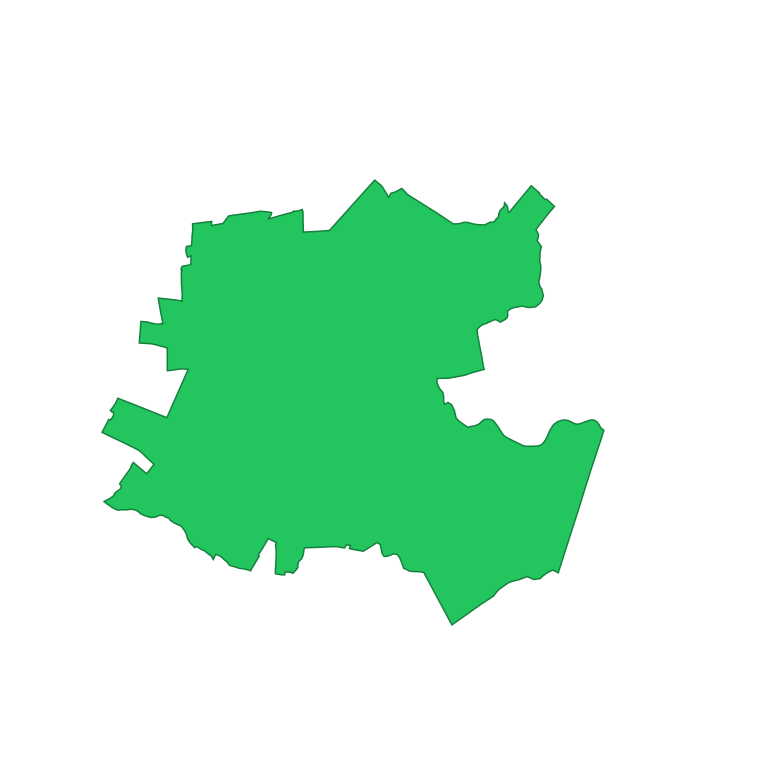 Sanmartin, Bihor, Romania, rotated 301°
{"feature_id": "2599482B24432048687552", "entity_name": "Sanmartin", "entity_type": "district", "adm_level": 2, "iso_a3": "ROU", "parent_name": "Romania", "parent_adm1": "Bihor", "projection": "equal_earth", "projection_center": [21.97, 46.975], "detail": "fine", "context": "isolated", "style": "filled", "palette": "green", "viewbox_px": 768, "rotation_deg": 301, "n_neighbors": 0, "source": "geoboundaries", "source_scale": "gbopen_adm2", "svg_char_len": 6159}
<svg xmlns="http://www.w3.org/2000/svg" viewBox="0 0 768 768"><g transform="rotate(301 384 384)"><path d="M601.4,394.1L597.9,395.5L592.2,394.1L589.1,394.7L586.7,395.8L585.1,395.9L583.9,395.4L579.6,394.8L577.2,391.6L572.1,388.3L569.4,383.3L568.1,380.5L567.0,377.5L565.7,372.9L564.2,369.8L560.1,365.8L556.9,361.1L557.8,341.8L558.5,306.9L560.8,298.5L554.7,295.0L551.0,291.6L546.4,292.0L552.5,280.4L554.0,271.0L487.5,258.2L479.7,247.1L474.4,239.2L472.6,236.6L476.6,234.2L483.2,229.9L487.0,227.7L489.6,226.0L491.5,224.1L490.7,223.5L490.3,223.2L487.7,220.7L486.0,218.6L485.9,218.0L485.7,217.4L484.5,217.3L482.7,215.8L475.4,208.7L467.9,201.8L466.3,200.0L470.8,200.1L472.9,199.5L473.0,199.0L469.8,191.8L468.4,189.0L462.8,182.5L450.5,167.2L448.2,164.5L447.5,164.2L438.7,163.3L431.0,154.5L434.6,152.5L433.2,150.8L427.6,143.6L422.7,137.4L418.9,139.8L419.1,140.0L410.9,143.8L409.2,144.9L406.2,146.3L403.3,147.9L400.7,144.3L399.4,143.9L395.8,145.8L391.4,150.3L394.4,152.6L391.1,154.6L387.6,156.5L387.0,156.8L386.8,156.8L386.6,156.7L381.0,150.5L379.0,150.5L378.2,150.9L376.8,151.8L376.9,152.8L375.3,152.8L365.0,159.2L357.5,164.6L353.6,166.6L352.2,167.5L350.8,168.1L350.4,166.4L349.1,163.1L348.3,161.2L346.7,157.9L345.4,154.9L341.4,146.2L338.5,148.7L330.8,155.3L324.6,161.0L321.6,163.5L321.1,162.0L320.4,161.3L319.3,160.1L318.6,159.1L317.6,156.8L316.8,154.3L316.5,153.7L315.4,149.7L312.5,143.5L311.6,143.8L303.2,148.1L302.8,148.2L302.8,148.3L293.1,153.1L294.9,156.6L296.0,158.7L298.3,163.1L299.2,165.3L299.6,166.6L300.7,170.3L301.4,172.8L301.9,174.3L303.2,179.7L283.8,191.4L284.6,192.6L292.9,202.9L294.4,206.0L295.4,207.8L295.9,208.6L243.3,215.2L237.3,178.4L237.3,178.0L236.9,175.7L236.2,172.1L234.7,163.2L229.2,163.8L225.3,163.6L220.2,163.1L220.3,164.3L219.9,164.8L220.2,165.6L220.7,165.9L220.7,166.3L218.2,168.2L212.9,168.5L212.8,167.8L212.0,167.9L211.8,166.3L197.3,167.2L198.1,175.9L198.5,180.4L199.4,189.3L199.8,193.5L200.1,198.2L200.6,203.3L200.8,207.9L200.2,212.3L199.1,216.8L196.7,228.2L184.8,226.8L185.9,220.1L187.6,209.5L184.8,209.4L182.6,209.9L180.4,210.1L165.6,208.9L162.9,208.8L162.2,208.9L161.0,211.5L160.3,211.8L158.8,211.9L157.7,211.9L155.9,211.0L152.3,209.5L150.0,209.7L148.8,209.7L148.0,209.5L145.2,208.1L139.1,204.6L138.5,208.5L138.5,211.0L138.2,214.3L138.3,217.4L138.6,220.5L139.1,221.3L140.0,222.4L141.5,224.4L143.4,228.1L146.2,231.4L148.0,235.8L148.1,238.4L147.4,243.0L148.2,248.0L149.5,252.8L151.9,256.4L154.3,258.1L156.2,259.6L157.8,263.4L157.5,265.8L158.3,268.6L157.5,270.1L157.1,270.9L156.9,275.1L157.0,277.5L157.4,280.9L157.6,283.6L156.1,287.5L155.2,289.3L154.0,291.1L153.6,291.9L149.8,295.8L147.7,300.4L146.5,305.2L146.1,305.8L148.4,307.4L148.2,309.4L148.1,311.6L148.2,313.7L148.7,315.9L148.3,317.8L147.7,322.3L148.1,322.3L148.4,322.7L145.7,328.1L147.3,327.9L149.4,327.6L151.3,327.6L151.7,329.1L152.0,332.5L151.9,334.8L151.2,337.3L150.9,339.2L150.9,340.0L149.9,343.0L149.3,344.2L149.1,344.9L149.2,345.7L150.3,350.0L151.1,352.4L151.1,353.2L151.6,355.0L152.0,356.1L152.8,357.8L153.3,359.1L153.7,360.2L155.3,365.9L155.5,365.7L172.3,365.7L172.5,364.3L172.8,364.3L181.0,364.5L191.8,364.4L192.7,373.3L190.3,373.8L186.0,377.2L183.9,378.5L178.6,381.5L167.4,387.4L166.8,387.8L165.5,388.5L166.0,390.4L168.0,395.1L169.3,397.2L172.0,396.1L175.0,402.0L174.5,402.9L175.3,403.5L176.2,403.8L177.7,404.0L178.4,404.2L180.1,404.5L181.5,404.7L182.4,404.6L183.3,404.1L184.4,403.4L186.5,402.6L187.9,402.4L188.4,402.4L189.1,402.6L190.0,402.9L191.4,403.4L192.6,403.3L194.8,403.0L197.4,402.2L199.1,401.4L201.3,400.5L202.9,400.6L208.5,409.3L211.8,414.3L217.0,422.1L220.2,427.1L223.1,434.6L226.8,434.6L228.3,438.4L225.1,439.1L226.2,442.5L230.0,452.4L244.5,459.7L244.5,463.6L238.1,469.3L236.3,472.5L236.5,473.5L237.2,474.5L238.0,475.5L239.6,476.9L242.2,478.8L243.8,480.6L244.7,482.9L243.7,485.9L242.6,487.7L239.4,492.0L236.0,496.1L236.5,497.4L236.7,501.5L237.5,504.0L241.1,510.7L242.1,512.9L243.0,515.1L212.5,566.3L244.8,580.4L258.9,587.2L260.7,587.2L267.2,588.3L277.9,593.1L280.5,595.2L286.7,601.3L292.6,605.8L293.6,613.1L297.6,618.1L299.4,618.5L301.5,619.1L306.7,621.4L308.1,622.2L311.5,624.6L311.9,630.6L378.1,615.0L398.4,610.0L420.4,604.8L442.2,599.9L449.0,598.4L454.2,597.1L457.6,596.3L457.6,594.9L458.0,592.7L458.9,590.8L459.9,589.3L460.7,587.5L461.3,585.5L461.3,583.8L461.2,583.1L460.7,581.4L459.7,579.9L458.5,578.6L456.8,577.2L451.4,572.9L450.0,571.5L449.1,570.3L448.7,569.5L448.3,567.9L448.0,566.2L447.9,563.9L447.7,561.8L447.2,559.8L446.6,558.3L445.7,556.6L444.5,555.1L442.9,553.7L441.5,552.5L440.0,551.7L437.4,550.6L435.6,550.2L434.1,550.1L429.9,550.1L428.0,550.3L423.7,550.9L421.4,551.1L418.9,551.2L415.3,550.9L413.9,550.5L412.6,550.0L411.3,549.0L409.0,546.3L407.8,544.3L405.9,541.4L404.5,539.0L403.4,536.9L402.8,534.9L402.2,528.5L401.6,521.4L401.3,516.1L401.5,513.9L402.1,511.7L406.4,503.0L408.6,497.6L408.9,495.6L408.5,493.4L407.2,490.7L406.0,489.1L404.4,487.8L402.2,487.0L399.8,486.4L397.9,485.6L396.4,484.5L394.4,482.8L393.3,481.4L391.4,479.4L390.1,478.4L390.2,475.1L390.8,467.6L391.9,463.4L397.6,457.9L401.1,452.4L401.1,448.3L397.8,446.5L399.8,444.1L403.5,441.9L406.3,439.7L407.2,438.3L407.8,436.4L408.8,433.9L410.2,431.7L413.0,428.2L416.2,426.8L422.0,436.1L432.8,448.4L434.3,449.7L437.4,452.2L439.2,453.8L448.2,462.4L450.8,459.6L458.4,453.3L464.3,447.8L471.6,441.4L474.7,438.4L476.0,437.8L478.5,435.6L482.2,436.5L485.8,438.0L488.9,440.8L489.7,441.2L490.8,441.8L492.3,443.2L494.0,444.0L496.4,446.1L497.2,449.6L496.7,450.7L496.9,451.5L497.3,452.1L501.5,454.5L503.9,455.4L506.3,454.9L510.0,452.4L510.7,452.6L513.9,454.1L514.8,454.4L515.1,455.1L516.3,455.9L517.1,457.0L518.5,458.4L522.1,462.6L523.3,466.6L524.8,469.9L527.0,472.4L527.6,473.4L528.4,474.3L533.2,476.0L537.0,476.4L541.8,475.1L545.5,471.4L546.8,470.0L547.9,467.5L550.6,464.6L551.6,463.9L554.1,463.2L562.5,459.7L566.7,457.0L568.1,455.6L568.6,454.9L571.1,453.3L574.4,451.6L576.6,450.2L580.1,448.9L582.6,448.4L585.8,441.4L588.2,441.0L591.8,439.4L593.5,436.6L594.5,434.8L600.0,435.3L615.2,437.2L624.0,438.7L626.2,428.2L625.0,427.2L627.1,418.9L627.8,418.8L629.8,408.1L595.4,402.9L595.5,402.5L596.7,400.7L599.2,398.9L600.5,396.9L601.4,394.1Z" fill="#22c55e" stroke="#15803d" stroke-width="1.5"/></g></svg>